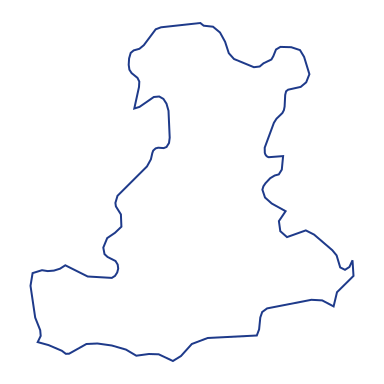 map outline of Padova (Mercator projection)
{"feature_id": "ITA-5463", "entity_name": "Padova", "entity_type": "Province", "adm_level": 1, "iso_a3": "ITA", "parent_name": "Italy", "parent_adm1": "", "projection": "mercator", "projection_center": [11.814, 45.393], "detail": "fine", "context": "isolated", "style": "outline", "palette": "blue", "viewbox_px": 384, "rotation_deg": 0, "n_neighbors": 0, "source": "natural_earth", "source_scale": "10m", "svg_char_len": 1750}
<svg xmlns="http://www.w3.org/2000/svg" viewBox="0 0 384 384"><path d="M332.3,250.2L336.6,255.4L340.2,267.4L345.0,269.8L349.4,267.0L352.5,260.3L353.5,275.9L337.0,292.2L333.6,306.4L322.2,300.4L311.4,299.8L267.1,308.4L262.2,312.0L260.3,317.5L259.1,329.4L256.8,335.5L207.6,338.0L191.8,344.0L181.0,356.0L172.9,361.0L158.7,354.3L148.9,354.0L136.3,355.7L126.0,349.6L111.8,345.5L97.4,343.5L86.4,344.0L69.1,353.7L65.8,353.8L61.9,350.8L48.6,345.1L37.7,342.1L40.7,335.9L40.2,330.2L35.2,317.6L30.5,285.8L32.6,273.1L42.0,270.2L47.7,271.1L53.9,270.6L60.0,268.7L65.3,265.3L87.7,276.5L111.8,277.9L115.0,275.9L117.2,272.5L118.2,268.6L117.7,264.6L115.5,261.0L107.6,257.0L104.5,254.1L103.3,247.6L107.2,238.1L115.0,232.8L121.4,226.7L120.9,214.4L115.9,206.4L115.4,202.9L117.5,195.8L147.0,166.4L150.9,159.3L152.3,153.1L153.2,150.6L155.6,148.4L158.2,147.7L163.7,148.1L166.5,147.0L169.0,143.0L169.7,137.7L168.5,110.8L166.5,103.7L163.4,98.9L159.2,96.5L153.8,97.0L139.5,106.9L134.3,108.5L139.0,87.0L139.3,81.6L137.5,77.9L131.6,73.1L129.4,69.7L128.7,64.8L129.1,58.4L130.7,52.9L133.7,50.4L139.4,48.8L143.8,45.2L155.7,29.3L161.0,27.3L200.3,23.0L203.7,25.7L213.0,26.7L220.0,32.5L225.1,41.8L228.8,53.2L234.0,59.0L253.9,67.2L259.7,66.5L263.5,63.3L271.4,59.5L273.3,56.2L276.0,49.5L280.4,46.9L291.2,47.2L300.0,50.1L304.1,56.9L309.4,74.2L306.2,82.3L300.7,86.9L288.1,89.7L286.1,91.3L285.2,94.9L284.6,106.6L283.9,110.1L282.4,113.0L276.5,118.7L273.9,122.8L264.7,147.7L264.8,152.8L265.4,154.5L266.3,155.8L267.4,156.7L268.7,157.2L283.1,156.1L281.8,169.6L278.8,174.4L274.7,175.5L270.2,178.2L265.5,183.2L263.4,186.3L262.4,189.7L265.0,197.5L271.7,203.5L285.6,211.2L278.9,221.1L280.3,231.2L287.0,237.1L305.8,230.4L314.1,234.6L332.3,250.2Z" fill="none" stroke="#1e3a8a" stroke-width="2"/></svg>